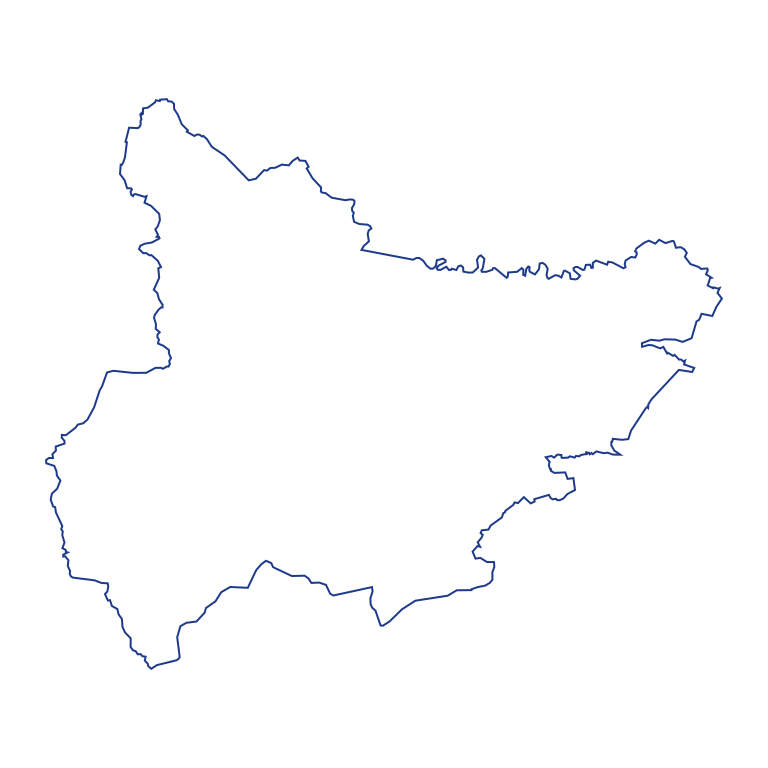 outline of Tuxcacuesco, Jalisco, Mexico
{"feature_id": "50627088B97474247637158", "entity_name": "Tuxcacuesco", "entity_type": "district", "adm_level": 2, "iso_a3": "MEX", "parent_name": "Mexico", "parent_adm1": "Jalisco", "projection": "mercator", "projection_center": [-104.015, 19.687], "detail": "fine", "context": "isolated", "style": "outline", "palette": "blue", "viewbox_px": 768, "rotation_deg": 0, "n_neighbors": 0, "source": "geoboundaries", "source_scale": "gbopen_adm2", "svg_char_len": 6077}
<svg xmlns="http://www.w3.org/2000/svg" viewBox="0 0 768 768"><path d="M46.1,460.0L46.3,463.3L54.3,465.9L56.5,471.4L56.9,475.6L60.4,480.5L57.1,488.8L51.9,493.6L50.7,499.6L53.1,506.5L55.1,507.1L56.0,512.6L62.3,526.1L61.2,529.0L62.7,531.3L62.3,535.3L64.5,542.5L62.4,548.2L65.8,550.0L65.9,552.0L67.6,552.4L63.3,554.6L63.3,556.6L65.3,556.3L68.4,560.3L67.8,566.0L70.1,571.2L69.7,573.7L70.9,576.4L72.9,577.6L94.4,580.3L101.6,583.0L107.7,583.3L108.3,586.8L107.3,591.5L105.0,594.1L107.9,600.5L110.0,600.2L111.9,606.0L117.3,609.0L118.6,614.4L121.9,619.0L122.5,627.0L125.1,632.6L130.7,638.3L130.6,647.0L132.9,650.2L135.8,651.3L137.7,654.3L140.6,654.1L142.4,656.2L145.6,656.7L144.8,660.6L147.8,663.8L148.1,665.9L151.2,668.8L157.0,665.1L176.4,660.3L178.5,658.9L179.7,657.1L177.2,637.2L180.4,626.2L186.4,622.8L196.5,621.5L204.6,612.7L206.0,608.0L215.5,601.3L221.2,592.2L230.2,587.0L247.8,587.8L256.2,570.1L261.5,564.1L266.0,560.8L271.3,563.1L273.1,567.2L291.8,576.0L304.6,575.7L308.4,578.4L311.3,582.9L319.2,582.6L326.0,584.9L330.1,593.6L333.3,595.5L372.0,587.1L372.6,591.4L370.4,598.3L370.6,604.2L372.1,607.6L375.5,610.7L380.6,625.5L382.9,625.7L389.6,621.4L402.0,609.3L415.3,600.7L447.7,595.7L456.7,590.3L471.5,590.1L471.6,589.2L477.4,587.2L485.2,585.6L489.8,582.9L492.4,579.7L492.4,572.2L494.3,567.0L494.0,562.1L486.9,562.0L480.4,557.9L475.5,558.6L472.6,551.6L477.4,546.1L480.1,546.8L477.7,542.3L481.6,537.6L482.7,534.8L480.6,533.1L481.8,530.3L488.4,529.6L490.7,525.5L501.9,517.4L503.3,513.1L504.7,512.6L505.5,510.7L513.3,504.9L514.6,502.4L518.0,503.1L523.8,497.1L530.7,503.4L534.6,501.5L534.3,499.2L548.9,494.9L550.9,498.3L552.7,499.3L556.0,498.8L557.1,500.1L559.6,500.2L563.4,498.5L567.4,494.0L575.0,490.0L573.4,478.1L567.6,478.9L565.2,472.4L554.3,472.9L550.8,470.8L551.0,469.2L550.0,468.9L548.9,465.6L549.3,462.2L550.2,462.6L545.8,457.2L551.5,456.0L554.1,457.6L557.3,454.6L561.4,455.0L561.5,457.6L562.5,457.9L568.1,457.6L569.9,456.3L574.7,457.6L575.9,456.0L579.4,456.3L580.8,455.0L585.7,454.1L586.3,452.1L587.3,452.4L587.3,453.8L589.1,452.9L589.9,454.3L591.5,453.0L592.8,454.2L596.4,451.4L603.7,453.2L607.7,452.7L612.9,454.6L620.3,454.7L614.2,450.5L611.3,445.3L611.4,441.8L612.3,441.6L612.8,438.8L622.0,439.8L628.3,439.1L631.1,430.5L645.6,408.5L647.1,406.9L648.1,407.9L648.4,404.2L651.6,399.2L678.9,369.9L692.1,372.0L694.2,368.0L684.1,364.4L685.0,360.6L683.4,361.5L681.1,359.5L679.0,359.5L674.7,354.9L673.1,355.9L667.8,352.7L667.1,353.5L663.3,346.9L660.2,348.4L652.4,345.3L648.5,345.0L642.1,346.8L641.9,343.2L650.9,339.8L659.5,340.7L664.3,339.3L675.5,339.6L682.6,341.9L691.6,338.2L696.5,321.5L699.2,319.7L701.6,313.8L712.3,316.0L716.5,306.6L721.9,298.6L717.5,292.9L719.7,288.0L718.1,288.6L713.4,287.4L713.1,288.2L707.7,285.5L710.1,278.2L711.6,277.8L706.0,274.3L707.8,270.3L707.3,268.5L701.0,268.9L698.7,267.0L690.5,264.1L684.9,256.8L686.8,252.9L684.5,249.5L680.8,247.2L675.9,247.7L673.9,241.4L672.4,240.9L665.5,243.1L659.2,239.8L655.3,243.6L648.8,240.7L644.2,242.7L636.5,248.4L635.1,251.3L636.7,252.5L636.7,254.7L635.2,257.5L631.1,257.0L625.6,260.5L624.7,264.3L625.6,267.1L623.5,268.3L612.5,262.5L608.2,261.7L607.1,264.7L596.1,260.6L592.9,262.8L592.8,267.7L591.4,267.9L590.1,264.7L585.9,264.9L584.4,269.6L582.8,270.0L577.7,267.0L575.5,267.0L573.5,268.3L573.8,270.3L580.1,275.7L577.5,278.8L575.4,279.4L570.6,278.8L569.8,273.3L564.9,270.6L563.9,270.9L561.4,277.5L558.5,275.7L555.2,275.2L548.7,278.8L547.5,278.0L546.5,275.1L547.7,268.7L545.3,264.7L542.6,262.9L539.7,263.5L539.0,269.2L535.0,274.4L530.2,272.0L529.3,270.7L529.6,267.1L528.3,266.5L526.3,269.0L525.2,275.7L523.2,274.9L523.4,269.8L521.8,268.1L517.1,271.8L508.1,272.5L507.7,276.9L506.6,277.8L494.9,268.1L493.0,268.2L492.3,269.8L486.3,271.8L481.9,271.8L481.3,270.4L482.8,268.3L484.4,258.9L480.9,255.4L478.8,256.5L477.0,259.8L478.1,267.5L472.8,272.5L468.5,272.6L463.4,271.6L463.1,267.4L460.9,265.5L458.3,266.4L456.4,270.0L451.7,268.7L451.1,269.8L449.1,270.1L446.3,266.7L440.5,269.9L437.8,269.8L436.7,268.4L438.3,265.8L445.6,261.9L445.6,260.5L443.1,258.7L436.9,260.2L435.8,266.0L433.1,268.6L430.5,268.7L426.9,265.9L423.1,260.6L419.3,258.0L416.4,258.0L413.1,259.7L361.5,249.9L363.6,246.2L368.9,241.3L367.7,233.9L368.8,230.3L371.3,228.7L370.2,226.1L367.6,224.7L359.2,224.0L354.1,221.8L352.8,215.9L353.8,212.7L352.2,210.9L351.9,208.1L354.2,204.2L354.5,201.0L353.3,199.8L350.1,199.4L345.4,200.2L331.7,197.7L325.5,193.1L321.9,192.5L320.9,191.6L321.1,187.5L312.5,178.2L306.7,168.4L308.6,166.8L305.4,160.9L299.6,160.5L297.7,157.6L292.6,160.9L288.8,165.4L281.9,164.6L275.1,167.8L270.4,168.0L267.0,170.6L264.1,170.1L255.8,178.8L248.7,180.3L224.7,155.5L211.8,146.8L207.1,139.4L203.4,135.9L202.1,136.5L199.6,134.7L197.1,134.5L194.4,136.0L186.8,131.7L187.9,130.4L181.8,124.3L177.8,114.7L174.1,108.9L174.0,103.8L171.6,101.6L168.2,101.3L166.9,99.2L160.1,99.7L159.8,101.0L155.9,100.3L155.1,102.3L147.8,107.7L143.0,108.4L142.9,113.9L141.9,114.5L141.4,113.2L140.3,114.3L141.4,119.4L140.6,120.7L140.6,125.0L139.2,127.3L137.7,128.1L129.1,127.7L125.5,141.9L126.9,142.3L124.9,157.6L123.3,162.3L121.8,164.9L120.7,164.7L120.0,174.0L124.6,180.2L127.1,188.2L131.3,188.4L131.9,189.6L130.6,191.6L131.2,194.8L133.0,196.1L133.6,194.6L135.7,194.1L144.5,196.8L146.5,196.2L144.5,202.7L151.1,205.9L159.2,213.9L159.9,220.2L157.7,226.5L155.3,229.3L158.0,234.9L156.7,236.9L159.0,236.9L159.5,238.4L151.9,242.5L144.8,243.7L140.4,245.7L139.0,249.1L143.3,253.2L146.3,253.1L149.4,255.3L151.4,255.1L157.7,260.7L161.0,267.1L158.3,268.3L159.2,277.8L153.8,289.7L157.4,293.2L158.9,299.1L162.6,304.9L162.5,307.5L161.2,307.4L158.8,309.4L154.8,314.9L154.0,317.7L156.0,324.2L155.7,328.8L159.7,332.3L157.6,334.4L157.3,337.1L158.9,339.4L158.0,343.5L163.2,345.7L168.9,350.0L168.9,353.3L171.0,358.1L169.2,361.1L169.9,363.9L168.5,366.6L166.9,366.5L162.8,368.8L161.0,367.8L155.4,367.9L146.2,372.8L133.1,372.9L113.3,370.8L107.0,372.5L102.1,386.2L99.6,390.6L94.1,407.4L87.5,419.5L83.2,423.3L77.8,424.6L75.5,427.7L65.9,435.2L61.9,434.9L61.7,437.6L64.5,440.9L64.5,443.6L55.7,446.6L55.9,450.7L52.4,454.1L53.0,458.0L48.9,458.0L46.1,460.0Z" fill="none" stroke="#1e3a8a" stroke-width="2"/></svg>